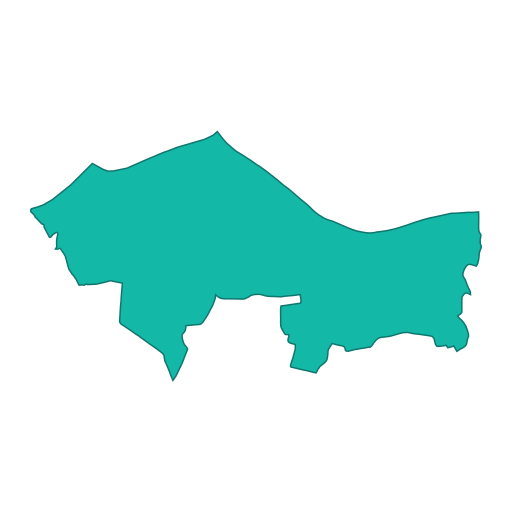 outline of Vinh Long, Vĩnh Long, Vietnam
{"feature_id": "81297802B51499597672373", "entity_name": "Vinh Long", "entity_type": "district", "adm_level": 2, "iso_a3": "VNM", "parent_name": "Vietnam", "parent_adm1": "Vĩnh Long", "projection": "orthographic", "projection_center": [105.946, 10.252], "detail": "fine", "context": "isolated", "style": "filled", "palette": "teal", "viewbox_px": 512, "rotation_deg": 0, "n_neighbors": 0, "source": "geoboundaries", "source_scale": "gbopen_adm2", "svg_char_len": 5377}
<svg xmlns="http://www.w3.org/2000/svg" viewBox="0 0 512 512"><path d="M92.3,163.5L70.7,185.0L52.3,199.7L43.3,204.9L37.9,206.9L31.5,208.7L31.2,209.1L30.7,210.0L30.8,211.7L33.8,214.5L34.2,215.0L34.6,215.5L34.9,216.4L35.2,217.1L35.6,217.5L36.4,218.2L39.8,221.8L41.6,223.8L42.3,224.1L43.6,224.4L43.9,224.8L44.2,227.3L49.4,237.2L49.8,237.4L50.3,237.3L51.0,236.9L51.8,236.0L52.9,234.6L55.8,232.5L56.3,232.4L57.1,232.6L57.6,233.2L57.8,234.2L57.0,237.7L56.6,240.5L56.6,244.2L56.8,246.3L56.4,247.5L55.4,249.0L57.1,249.1L57.6,249.1L59.3,248.4L60.0,248.4L60.3,248.4L61.7,250.6L62.9,252.3L64.6,254.9L65.5,256.8L66.0,258.5L67.1,262.9L68.8,269.0L72.1,274.1L73.9,276.1L75.0,277.7L76.1,279.3L79.0,285.1L81.2,285.0L81.9,284.9L82.7,284.9L83.6,285.1L84.1,285.2L84.4,285.1L84.6,285.0L85.5,284.2L85.8,284.0L86.1,284.0L86.4,284.1L87.2,284.5L87.4,284.6L96.7,284.1L104.4,282.3L110.5,280.7L116.6,282.0L122.4,283.1L121.2,297.5L121.1,300.2L120.5,306.5L119.6,322.0L121.0,324.0L129.6,329.7L135.5,333.9L138.8,336.0L140.2,337.1L151.3,345.1L156.8,348.9L161.9,352.8L162.5,353.4L164.0,355.3L164.3,357.8L164.9,360.9L165.1,361.5L165.7,362.6L169.4,371.4L171.1,376.1L172.9,380.4L176.1,375.8L177.2,373.5L179.2,369.3L182.2,363.0L184.6,356.8L187.4,349.8L187.5,348.7L186.3,346.8L184.9,345.3L183.6,343.0L182.4,339.0L182.0,336.0L182.1,335.1L182.3,334.5L182.7,333.9L183.5,332.9L184.6,331.8L185.2,330.3L185.6,328.9L186.0,325.7L187.5,325.5L195.2,324.8L199.8,324.4L200.9,324.0L202.9,322.1L206.5,316.8L208.4,313.5L210.3,309.8L212.4,306.0L214.2,301.6L214.5,300.4L215.1,298.9L215.6,294.9L215.7,295.0L217.4,296.3L219.7,297.9L221.8,298.5L223.9,298.8L228.7,298.8L234.5,298.9L239.5,299.0L242.4,299.1L244.5,298.9L247.1,297.7L249.1,296.7L250.8,295.4L252.7,294.9L255.5,294.4L257.7,294.4L259.7,294.3L263.0,295.1L265.4,295.8L268.1,296.3L273.6,296.5L280.9,296.8L285.9,296.1L293.0,295.5L300.1,294.6L301.0,299.3L300.8,302.8L299.9,303.3L294.0,304.1L290.1,304.7L284.1,305.6L281.7,305.9L281.0,306.0L280.6,309.1L280.6,315.0L280.7,318.6L280.6,321.9L280.8,326.1L281.5,328.3L283.3,331.4L284.4,333.3L285.2,334.2L285.8,334.5L286.6,334.6L288.1,334.6L288.6,334.6L288.8,334.8L288.9,335.3L288.9,336.4L288.3,338.1L288.1,338.9L288.0,339.7L288.0,340.3L288.1,341.1L288.4,341.7L289.3,342.6L290.5,343.2L293.9,344.1L295.2,344.5L295.3,347.4L295.3,348.9L293.6,355.3L292.7,358.6L291.7,361.3L290.6,365.2L290.6,366.1L290.7,366.7L291.4,367.2L293.9,367.7L303.0,369.9L307.6,370.8L310.8,371.7L315.2,372.7L316.1,372.9L316.8,371.5L317.3,370.6L317.7,369.7L317.8,369.5L318.3,368.8L319.0,368.0L319.3,367.4L319.8,366.6L324.4,362.9L326.3,360.9L327.1,359.0L327.6,356.4L327.9,353.4L327.9,351.7L328.4,349.4L329.3,348.0L331.1,345.1L332.0,343.5L336.1,344.6L339.4,345.4L341.5,345.7L342.6,346.0L343.9,346.6L344.7,347.4L345.0,348.2L345.3,350.0L346.1,351.0L346.8,351.1L348.4,351.2L355.1,349.5L358.1,349.1L359.7,348.7L363.1,348.2L365.7,347.8L367.8,347.3L369.8,347.2L370.6,346.9L372.2,345.3L373.4,343.3L374.4,342.0L375.3,341.0L376.8,339.4L378.2,338.4L379.4,337.8L380.4,337.5L382.0,337.2L383.6,337.1L386.6,336.7L389.1,336.4L391.0,336.0L394.1,335.1L396.6,334.4L398.3,333.9L401.5,333.0L402.8,332.7L404.0,332.6L404.8,332.6L407.5,332.4L413.2,333.6L420.0,334.4L427.6,335.5L430.2,335.9L432.4,336.5L434.0,338.5L435.0,342.4L435.6,344.5L436.9,346.2L438.3,346.4L442.4,346.0L446.1,345.3L447.0,346.5L447.5,347.4L447.8,347.7L448.9,347.5L451.6,346.8L453.7,346.0L455.2,348.3L456.8,351.3L457.9,350.7L459.7,349.4L462.7,347.9L464.9,346.4L466.3,344.6L467.0,341.9L467.6,338.6L468.6,336.2L468.5,335.9L468.4,334.1L467.4,330.3L466.0,326.5L463.8,322.8L461.9,320.5L459.8,318.7L457.6,316.0L460.6,313.9L461.3,313.0L461.8,312.3L461.9,311.8L461.8,307.6L461.8,304.6L461.9,298.7L462.0,297.3L462.4,296.4L462.9,295.6L464.1,294.1L464.9,293.4L465.7,293.1L466.1,293.0L466.6,292.9L467.5,293.2L468.6,293.7L470.5,294.6L470.4,292.6L469.6,289.9L468.5,288.1L467.0,284.5L465.9,281.4L464.9,279.1L463.8,277.4L463.2,276.4L463.0,275.4L462.9,274.3L463.0,273.2L463.9,270.2L465.2,267.7L466.9,265.4L467.6,264.9L468.0,264.6L469.2,264.4L469.6,264.4L470.9,264.5L472.2,264.8L473.5,265.1L475.3,265.8L476.3,266.1L476.4,265.9L477.2,264.6L477.7,263.6L478.6,259.8L479.0,256.8L479.2,253.6L479.5,252.2L480.3,249.8L481.0,248.1L481.3,246.9L481.3,246.3L481.0,245.4L480.4,244.1L480.2,243.1L480.2,242.0L480.2,239.4L480.6,237.4L480.9,235.3L480.8,234.8L480.6,234.2L479.9,233.2L479.2,232.0L478.8,230.3L478.6,227.2L478.7,220.8L478.7,216.7L478.6,211.9L473.8,212.3L471.6,212.4L468.6,212.3L463.1,212.7L454.5,213.3L453.0,213.2L452.0,213.2L448.9,213.8L444.6,214.8L435.0,216.9L429.5,218.0L423.6,219.6L414.9,222.3L411.9,223.4L407.0,225.1L401.8,226.8L395.1,228.8L392.4,229.4L389.4,230.1L387.8,230.5L381.9,231.4L376.2,232.1L374.3,232.6L370.2,233.0L366.5,232.8L362.8,232.2L356.8,231.0L355.2,230.5L353.1,229.8L350.6,228.9L346.7,227.3L337.7,223.4L332.8,221.3L327.3,219.6L324.0,218.1L318.5,214.7L316.5,213.2L313.4,210.6L313.2,210.5L310.2,207.4L305.9,203.5L300.1,198.8L295.2,194.6L288.1,188.5L287.4,188.0L283.7,185.4L279.0,181.3L278.0,180.4L276.1,178.9L275.4,178.4L270.0,174.1L269.0,173.3L264.8,170.1L260.2,166.8L259.8,166.5L256.8,164.7L249.9,159.8L249.5,159.6L246.5,157.7L239.5,153.2L237.0,151.8L234.2,149.7L230.2,146.2L228.5,144.8L225.8,142.2L222.4,138.2L217.3,131.6L212.9,135.4L204.4,139.4L177.6,147.2L168.2,150.8L162.6,152.8L146.5,159.6L126.9,168.2L118.0,170.0L112.8,171.1L107.9,171.1L103.4,169.5L92.3,163.5Z" fill="#14b8a6" stroke="#0f766e" stroke-width="1.5"/></svg>